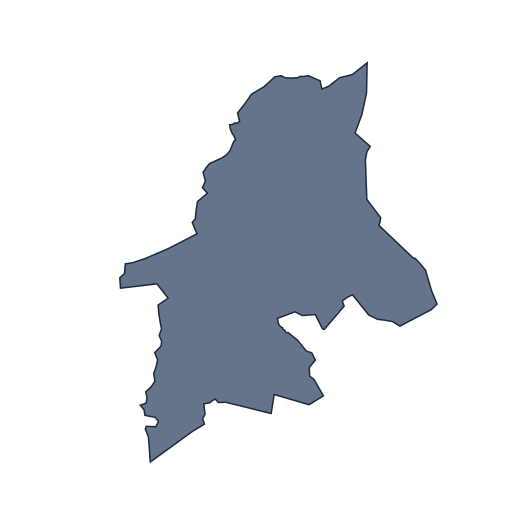 Tofa, Kano, Nigeria, rotated 247°
{"feature_id": "59680162B46902450612836", "entity_name": "Tofa", "entity_type": "district", "adm_level": 2, "iso_a3": "NGA", "parent_name": "Nigeria", "parent_adm1": "Kano", "projection": "orthographic", "projection_center": [8.331, 12.025], "detail": "fine", "context": "isolated", "style": "filled", "palette": "slate", "viewbox_px": 512, "rotation_deg": 247, "n_neighbors": 0, "source": "geoboundaries", "source_scale": "gbopen_adm2", "svg_char_len": 2115}
<svg xmlns="http://www.w3.org/2000/svg" viewBox="0 0 512 512"><g transform="rotate(247 256 256)"><path d="M107.7,78.2L119.3,128.6L121.4,142.8L127.1,143.3L130.1,147.2L140.3,150.2L139.0,155.6L140.4,162.5L135.8,164.2L133.3,170.8L105.1,208.4L121.4,218.6L98.4,246.7L100.9,263.4L119.5,261.2L124.5,258.5L132.4,261.4L137.1,270.0L145.0,269.5L148.9,265.2L162.6,261.2L168.1,258.2L173.0,255.6L173.6,253.8L176.3,253.5L177.6,252.3L179.5,252.4L181.6,250.9L184.5,250.2L190.2,251.3L189.4,270.1L183.1,275.4L178.9,287.7L163.0,288.7L162.2,289.4L161.9,290.5L175.4,317.5L181.1,317.9L182.4,325.0L182.5,329.7L170.1,333.2L157.6,336.7L150.1,343.3L146.9,349.0L142.2,356.2L135.1,361.1L135.6,365.4L138.1,396.3L141.0,403.9L155.1,404.0L171.8,405.9L176.4,406.6L184.9,404.1L191.6,401.6L193.0,399.8L236.2,381.1L238.5,383.2L239.5,383.9L242.7,385.7L264.2,380.3L265.2,380.3L301.9,394.3L308.7,398.9L312.2,404.0L330.5,395.2L344.9,408.8L363.0,421.5L390.4,433.8L388.2,425.8L387.4,422.9L385.4,415.6L387.4,402.5L387.3,402.3L387.2,401.7L383.9,389.4L383.9,381.9L392.2,383.4L392.3,383.4L396.0,379.8L397.3,378.6L401.5,374.7L402.8,369.6L404.1,366.9L403.8,364.1L405.8,358.4L408.5,352.7L410.6,350.9L412.1,349.6L413.6,343.4L411.9,338.7L408.6,329.2L406.7,315.0L400.4,305.1L394.9,294.9L386.3,293.5L386.3,292.7L385.9,291.7L385.5,291.0L385.8,290.2L386.3,289.5L386.7,288.4L386.7,287.5L386.2,285.9L387.1,283.1L384.9,282.4L382.3,281.9L378.1,282.0L374.9,282.6L370.6,282.4L370.1,280.2L363.0,273.1L360.6,268.0L359.5,262.1L359.3,249.6L357.4,245.8L353.8,240.0L344.8,238.7L339.8,233.4L332.8,235.8L329.0,223.5L321.8,218.9L313.8,214.6L311.8,210.4L299.5,210.3L297.1,178.6L297.0,152.1L297.3,149.0L298.0,139.9L299.8,132.7L291.2,128.0L289.1,122.1L283.5,120.1L279.3,118.7L269.1,153.9L251.5,158.6L249.1,146.7L240.7,144.0L231.9,141.8L225.9,140.6L220.6,135.8L214.3,135.8L210.1,133.3L206.6,125.0L198.8,124.8L193.1,120.8L187.8,115.9L180.2,114.0L176.8,108.8L174.0,101.3L167.9,100.3L163.5,97.2L163.9,91.1L158.4,92.9L152.7,91.5L149.9,95.6L147.1,100.0L143.7,101.1L141.7,101.6L138.0,97.0L142.1,88.4L140.1,86.5L131.2,86.2L107.7,78.2Z" fill="#64748b" stroke="#1e293b" stroke-width="1.5"/></g></svg>